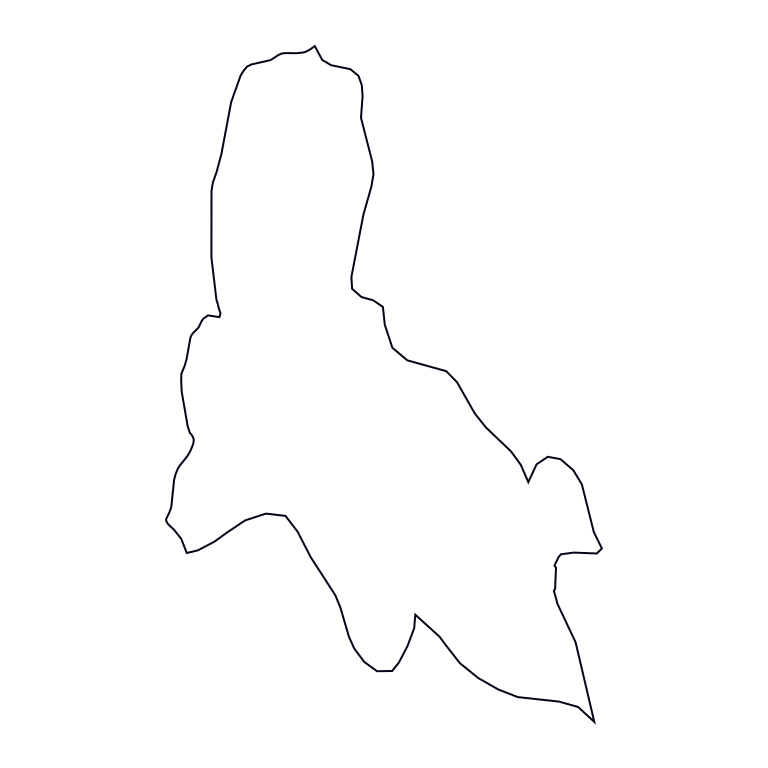 the border of Svay Rieng
{"feature_id": "KHM-1801", "entity_name": "Svay Rieng", "entity_type": "Province", "adm_level": 1, "iso_a3": "KHM", "parent_name": "Cambodia", "parent_adm1": "", "projection": "robinson", "projection_center": [105.82, 11.175], "detail": "fine", "context": "isolated", "style": "outline", "palette": "ink", "viewbox_px": 768, "rotation_deg": 0, "n_neighbors": 0, "source": "natural_earth", "source_scale": "10m", "svg_char_len": 1714}
<svg xmlns="http://www.w3.org/2000/svg" viewBox="0 0 768 768"><path d="M314.8,46.1L322.2,59.9L331.1,65.2L350.4,69.2L358.5,75.9L361.8,85.2L362.6,96.2L361.0,117.8L372.2,161.6L373.5,174.2L371.4,186.5L363.4,214.7L351.4,277.0L352.1,288.8L361.4,297.0L373.2,300.3L382.9,306.9L384.8,324.8L392.4,347.8L407.4,360.4L446.3,371.2L457.1,382.3L474.8,413.5L485.7,427.2L511.1,451.5L520.9,465.0L528.3,482.2L536.6,464.3L547.8,456.8L560.4,459.1L573.4,470.3L581.9,484.5L593.8,532.0L601.9,548.5L596.8,553.5L589.2,553.2L573.7,552.6L560.9,554.3L558.5,557.2L554.4,565.7L556.0,567.6L555.1,588.9L553.9,590.8L557.6,604.2L575.6,642.3L594.3,721.9L578.1,707.0L559.0,701.6L517.8,697.1L498.5,689.6L478.3,678.1L459.9,663.2L446.3,645.8L439.6,636.8L415.3,614.7L414.2,628.2L407.4,646.3L398.8,662.7L392.1,671.0L377.0,671.2L364.2,661.9L354.3,648.6L348.9,636.7L340.5,607.9L335.4,595.4L310.6,557.0L297.7,531.8L285.5,515.9L266.0,513.6L245.1,520.4L228.1,531.8L227.9,531.9L214.2,541.8L197.7,550.4L186.8,553.0L186.7,552.8L181.3,539.0L174.2,529.9L168.2,524.3L166.4,521.5L166.1,519.1L169.3,512.6L171.3,507.0L174.1,479.8L175.7,473.8L178.0,468.4L179.4,466.1L187.3,456.2L189.0,453.4L190.9,449.8L193.3,443.6L193.8,439.8L192.9,436.9L191.5,434.7L189.8,432.8L187.7,426.3L181.7,391.7L181.2,381.0L181.3,373.9L184.6,366.0L186.6,359.1L190.4,337.7L191.5,335.2L193.0,333.1L198.4,327.7L201.7,321.0L203.4,318.6L208.0,315.4L219.5,317.1L220.5,313.3L218.6,307.8L218.1,305.2L216.4,299.4L211.4,257.3L211.5,191.2L212.2,186.2L213.0,182.2L216.7,171.7L221.4,154.0L231.2,102.0L240.7,75.4L244.1,70.1L247.1,66.6L251.5,64.4L270.6,60.1L278.4,55.0L281.2,53.7L284.2,53.1L296.7,53.2L302.6,52.6L305.1,52.0L307.7,50.8L310.0,49.5L314.8,46.1Z" fill="none" stroke="#020617" stroke-width="2"/></svg>